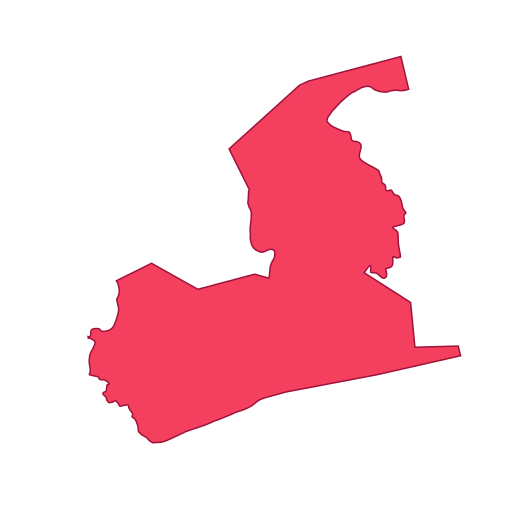 outline of San Juan Guarita, Lempira, Honduras, rotated 75°
{"feature_id": "27666195B76708955543126", "entity_name": "San Juan Guarita", "entity_type": "district", "adm_level": 2, "iso_a3": "HND", "parent_name": "Honduras", "parent_adm1": "Lempira", "projection": "mercator", "projection_center": [-88.788, 14.147], "detail": "fine", "context": "isolated", "style": "filled", "palette": "rose", "viewbox_px": 512, "rotation_deg": 75, "n_neighbors": 0, "source": "geoboundaries", "source_scale": "gbopen_adm2", "svg_char_len": 6133}
<svg xmlns="http://www.w3.org/2000/svg" viewBox="0 0 512 512"><g transform="rotate(75 256 256)"><path d="M290.3,439.1L291.9,439.3L292.3,438.3L292.8,437.3L293.5,436.4L294.3,435.6L295.4,434.7L296.7,433.8L297.2,433.7L297.8,433.7L299.1,434.3L300.8,435.5L303.2,437.5L305.7,440.0L306.6,440.8L308.1,441.8L309.6,442.6L312.3,443.7L314.8,444.5L316.5,444.8L321.0,445.2L323.8,445.8L324.7,446.1L325.5,446.5L326.9,447.5L327.4,447.6L327.8,447.4L328.0,447.1L331.8,439.7L332.0,439.5L332.3,439.4L333.2,439.4L333.8,439.3L334.4,439.1L334.8,438.7L335.2,438.2L335.5,437.7L336.0,435.5L336.3,434.8L336.7,434.2L337.4,433.4L338.5,432.5L339.6,431.6L340.6,431.1L340.9,430.9L341.2,431.0L341.5,431.1L341.8,431.3L341.9,431.6L341.9,431.9L341.7,432.5L341.7,432.9L341.9,433.2L347.3,435.5L347.7,435.8L348.0,436.1L348.1,436.5L348.1,437.7L348.3,438.5L348.7,439.2L349.2,439.5L349.7,439.5L350.7,439.2L351.7,438.6L353.0,437.7L353.6,437.4L354.1,437.3L354.8,437.3L355.9,437.5L357.0,437.3L357.9,437.0L358.7,436.6L359.2,436.3L359.6,435.8L359.8,435.3L360.0,433.7L360.1,432.4L360.0,431.8L359.8,431.2L359.3,429.9L359.3,429.4L359.5,429.0L360.0,428.7L362.3,427.4L363.8,427.0L365.3,426.8L365.7,426.5L365.9,426.2L366.1,425.5L366.0,423.2L366.3,420.3L366.6,418.6L366.8,418.3L367.0,418.1L367.3,417.9L367.6,417.9L368.9,418.2L369.9,418.1L373.0,417.3L375.3,416.3L376.5,416.0L377.0,416.0L377.4,416.2L377.7,416.4L378.2,416.9L378.6,417.2L379.0,417.3L379.4,417.2L379.9,417.1L380.2,416.8L380.7,416.4L381.2,415.7L381.8,415.3L384.3,414.6L386.1,414.4L388.2,414.2L390.7,414.2L391.5,414.3L393.0,414.7L394.2,414.9L394.9,414.9L395.6,414.8L396.4,414.4L397.2,413.6L397.6,413.3L398.1,413.2L398.7,413.2L401.8,409.9L403.5,408.4L405.9,407.3L407.2,406.4L409.7,404.1L410.3,400.7L410.9,398.2L411.4,395.2L411.2,390.4L410.9,388.9L410.5,385.8L407.4,368.9L406.2,350.2L405.5,344.4L404.6,338.7L404.2,333.3L402.7,321.6L401.6,315.0L401.5,310.6L401.1,306.3L400.4,302.4L399.5,298.7L398.0,295.1L396.3,291.4L395.7,288.5L395.3,284.8L395.1,262.0L402.0,169.9L405.3,84.2L395.3,84.0L385.3,126.1L340.9,118.7L300.1,155.9L295.4,149.9L294.8,148.8L294.7,148.4L294.8,148.1L295.2,147.8L295.6,147.8L297.4,148.3L299.9,149.2L300.9,149.3L301.3,149.3L301.6,149.2L301.8,149.0L302.1,148.3L303.2,145.1L303.8,144.0L304.5,143.4L308.3,140.8L309.6,139.9L310.1,139.3L310.4,138.6L310.6,138.0L310.6,137.3L310.3,136.4L309.8,135.7L309.0,135.2L307.9,134.6L307.1,134.4L306.1,134.3L303.8,134.1L302.6,134.2L302.1,134.1L302.0,133.9L301.8,132.6L301.8,130.1L301.6,128.9L301.4,128.2L301.1,127.6L300.7,127.1L300.1,126.6L299.1,126.1L297.8,125.6L296.7,125.2L293.9,124.6L292.2,123.9L292.1,123.7L292.6,123.0L293.3,121.9L294.1,120.9L294.3,120.6L294.5,118.6L294.5,117.7L294.3,116.7L293.3,116.5L291.9,116.3L284.3,115.7L281.2,115.3L278.0,114.7L271.9,113.2L270.1,113.0L269.2,113.1L268.4,113.5L267.5,114.1L264.8,116.2L264.2,116.6L263.7,116.6L263.5,116.4L263.4,116.1L263.3,115.0L263.4,109.2L263.3,107.3L263.1,106.0L262.7,104.9L262.3,104.3L262.0,104.1L260.9,103.6L259.3,103.3L256.0,103.0L255.1,102.7L254.8,102.5L254.4,102.1L253.8,100.7L253.6,100.4L253.3,100.2L252.9,100.1L252.1,100.3L248.9,101.5L247.7,101.8L246.4,101.8L242.9,101.5L240.6,101.5L237.6,101.8L236.5,102.1L235.8,102.4L234.9,102.9L234.4,103.5L233.9,104.1L233.1,105.7L232.8,106.2L232.4,106.5L231.7,106.8L228.2,107.9L227.7,108.1L227.3,108.4L227.2,108.7L227.1,109.2L227.1,111.7L227.0,112.4L226.7,113.0L226.2,113.4L225.8,113.5L225.2,113.5L222.7,112.9L221.9,112.9L221.3,112.9L220.8,113.1L220.3,113.3L218.0,115.0L217.1,115.4L216.8,115.4L216.2,115.3L214.3,114.7L213.0,114.6L211.9,114.6L208.7,115.1L206.3,115.2L205.3,115.5L204.0,116.5L202.8,117.6L200.8,119.7L196.6,124.2L194.2,126.6L192.7,128.0L191.2,129.1L189.8,129.9L189.0,130.2L188.2,130.4L187.3,130.5L186.5,130.4L185.1,130.0L183.4,129.2L179.2,126.8L177.6,126.2L176.7,126.0L175.9,125.9L175.2,126.0L174.2,126.4L173.6,126.7L173.1,127.1L172.2,128.1L171.3,129.6L170.3,132.3L169.9,132.9L169.5,133.2L168.8,133.5L167.7,133.6L164.1,133.3L162.4,133.3L161.1,133.6L160.3,134.1L159.8,134.8L159.0,137.5L158.5,138.6L158.0,139.5L156.2,141.9L153.5,145.3L152.0,147.1L150.3,148.9L149.0,150.0L148.3,150.5L146.4,151.6L144.0,152.7L142.3,151.8L140.8,150.8L140.1,150.1L138.0,147.5L136.2,145.5L135.4,144.3L129.5,134.9L126.3,128.7L124.4,124.5L123.9,123.4L123.3,121.5L122.4,117.2L121.1,112.6L120.7,110.3L120.6,108.0L120.7,105.6L120.9,104.5L121.4,103.1L122.1,101.9L122.8,101.0L123.6,100.3L124.9,99.4L125.5,98.9L126.3,98.1L126.8,97.5L128.4,95.0L129.1,93.9L130.1,91.7L130.9,89.5L131.3,88.1L131.4,87.0L131.5,86.1L131.3,84.3L131.3,83.2L131.7,79.7L131.8,78.9L132.3,77.3L133.8,73.3L134.2,71.7L134.4,70.2L134.5,68.7L134.5,67.3L134.5,65.4L100.8,64.4L100.6,159.8L102.3,169.8L145.6,254.3L190.2,245.3L191.5,246.3L192.0,246.5L195.6,247.7L199.5,248.9L201.5,249.7L202.6,250.1L203.7,250.2L207.1,250.0L208.2,249.8L209.9,249.3L210.6,249.2L211.6,249.2L212.7,249.3L215.0,249.9L218.3,250.9L220.6,251.7L226.0,253.9L228.3,254.7L229.4,255.0L233.5,255.8L237.0,256.9L238.1,257.1L241.8,257.3L243.5,257.3L244.5,257.2L245.6,256.9L247.0,256.5L248.1,255.9L249.2,255.3L250.1,254.6L251.2,253.4L252.3,252.2L253.2,250.9L253.5,250.2L253.8,249.4L254.0,248.0L253.9,246.5L253.7,245.2L253.1,242.1L253.2,241.1L253.4,240.1L253.8,238.8L254.1,238.3L254.4,237.8L254.8,237.5L255.3,237.2L255.8,237.0L256.3,236.9L257.5,237.0L258.8,237.3L260.5,237.9L262.2,238.7L263.3,239.5L264.9,241.2L265.8,242.0L267.8,243.7L268.6,244.2L269.8,244.9L272.6,246.0L278.8,248.3L280.6,249.5L273.2,262.1L273.1,320.8L236.0,358.8L243.8,397.3L245.9,396.7L247.3,396.5L251.1,396.6L252.8,396.8L255.0,397.3L256.0,397.7L256.9,398.1L259.5,399.6L260.0,400.1L260.9,401.1L261.2,401.4L261.7,401.6L262.5,401.8L264.4,402.0L269.9,402.2L271.4,402.4L272.8,402.7L275.2,403.8L278.1,405.4L282.5,408.3L284.4,409.7L286.4,411.2L287.3,412.2L288.1,413.2L288.7,414.2L289.2,415.4L289.6,416.7L289.7,418.0L289.8,419.3L289.7,421.0L289.4,422.6L289.0,423.8L288.6,424.9L288.1,425.3L287.1,425.5L286.6,425.7L285.6,426.6L285.3,427.2L284.9,428.4L284.5,429.9L284.3,431.7L284.3,432.6L284.4,433.2L284.7,433.7L285.0,434.2L285.5,434.6L286.4,435.1L288.3,435.7L289.1,436.0L290.1,436.5L290.5,436.8L290.7,437.2L290.8,437.8L290.6,438.5L290.3,439.1Z" fill="#f43f5e" stroke="#9f1239" stroke-width="1.5"/></g></svg>